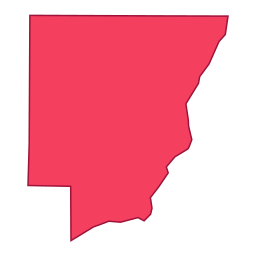 Peoria, Illinois, United States of America
{"feature_id": "52423323B20923999353099", "entity_name": "Peoria", "entity_type": "district", "adm_level": 2, "iso_a3": "USA", "parent_name": "United States of America", "parent_adm1": "Illinois", "projection": "albers", "projection_center": [-89.674, 40.744], "detail": "fine", "context": "isolated", "style": "filled", "palette": "rose", "viewbox_px": 256, "rotation_deg": 0, "n_neighbors": 0, "source": "geoboundaries", "source_scale": "gbopen_adm2", "svg_char_len": 501}
<svg xmlns="http://www.w3.org/2000/svg" viewBox="0 0 256 256"><path d="M29.2,143.3L28.0,185.5L70.7,186.3L71.0,240.6L93.3,227.0L108.9,221.2L120.5,222.2L138.0,217.6L144.1,220.8L150.6,214.2L152.0,208.2L150.4,197.6L158.6,187.0L168.2,172.9L166.3,166.9L174.9,156.8L187.9,148.9L189.1,146.8L189.3,146.3L191.8,139.6L188.6,126.2L188.3,120.0L185.9,103.8L198.5,83.3L199.7,76.6L209.0,64.0L219.0,41.5L225.3,34.5L228.0,16.1L157.6,15.9L29.9,15.4L29.2,143.3Z" fill="#f43f5e" stroke="#9f1239" stroke-width="1.5"/></svg>